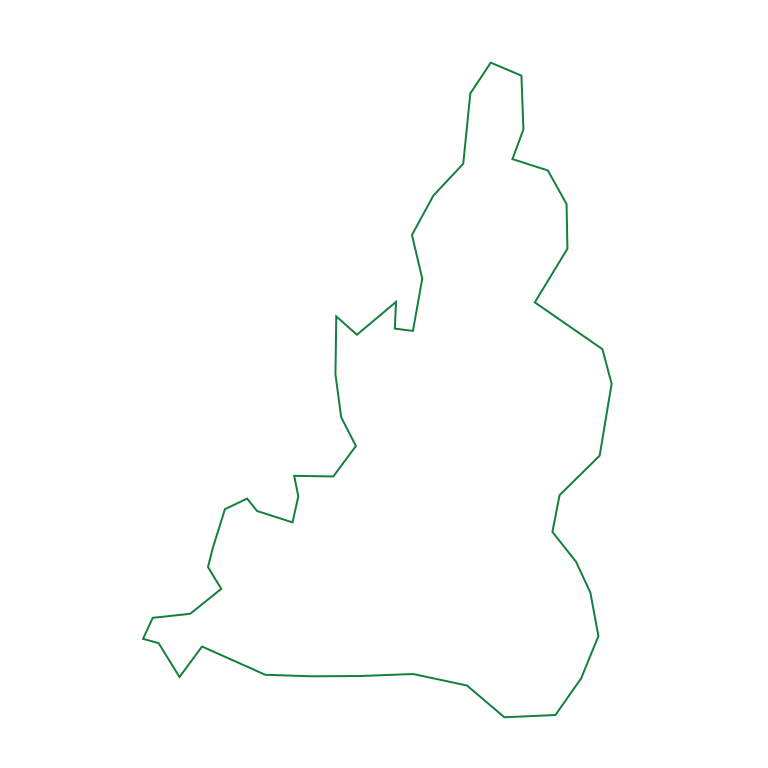 Turakurgan, Namangan, Uzbekistan (Natural Earth projection), rotated 3°
{"feature_id": "79887680B29549243080653", "entity_name": "Turakurgan", "entity_type": "district", "adm_level": 2, "iso_a3": "UZB", "parent_name": "Uzbekistan", "parent_adm1": "Namangan", "projection": "natural_earth1", "projection_center": [71.419, 40.997], "detail": "fine", "context": "isolated", "style": "outline", "palette": "green", "viewbox_px": 768, "rotation_deg": 3, "n_neighbors": 0, "source": "geoboundaries", "source_scale": "gbopen_adm2", "svg_char_len": 809}
<svg xmlns="http://www.w3.org/2000/svg" viewBox="0 0 768 768"><g transform="rotate(3 384 384)"><path d="M572.5,705.6L596.3,667.6L611.3,624.5L601.0,581.5L585.1,551.5L559.9,522.9L565.2,485.7L603.1,444.3L611.3,371.9L600.3,337.8L530.3,294.6L560.1,239.3L556.9,194.8L536.5,162.2L500.5,152.7L509.9,122.4L505.1,68.9L473.8,57.5L455.0,89.3L451.6,159.9L423.5,193.2L404.1,233.7L416.7,276.8L410.1,329.5L391.9,328.1L391.7,301.4L354.4,336.2L332.8,319.0L335.0,376.8L343.0,419.5L359.2,447.4L338.2,479.0L299.1,480.4L304.3,500.7L299.9,527.0L263.9,517.5L253.3,505.6L231.7,517.3L221.7,556.4L217.8,576.0L232.2,597.1L202.5,623.6L165.3,629.6L156.7,651.1L172.5,654.6L195.1,687.3L216.0,655.7L280.6,680.6L326.6,679.7L375.1,676.9L428.3,672.1L482.7,680.8L521.6,710.5L572.5,705.6Z" fill="none" stroke="#15803d" stroke-width="2"/></g></svg>